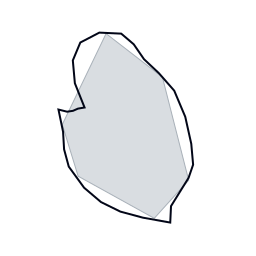 Saint Helena, with Saint Helena highlighted, rotated 121°
{"feature_id": "SHN-4864", "entity_name": "Saint Helena", "entity_type": "state/province", "adm_level": 1, "iso_a3": "SHN", "parent_name": "Saint Helena", "parent_adm1": "", "projection": "equal_earth", "projection_center": [-5.718, -15.959], "detail": "fine", "context": "in_parent", "style": "outline", "palette": "ink", "viewbox_px": 256, "rotation_deg": 121, "n_neighbors": 0, "source": "natural_earth", "source_scale": "10m", "svg_char_len": 626}
<svg xmlns="http://www.w3.org/2000/svg" viewBox="0 0 256 256"><g transform="rotate(121 128 128)"><path d="M158.9,186.1L58.4,195.4L66.7,124.7L141.5,49.1L191.9,59.0L195.0,145.9L158.9,186.1Z" fill="#d9dde1" stroke="#a8b0b8" stroke-width="1"/><path d="M125.9,53.3L139.5,50.4L172.8,50.9L187.3,43.1L197.2,69.1L203.6,91.5L205.4,113.0L201.8,134.9L191.6,158.9L179.2,171.8L164.7,181.7L148.0,197.1L145.4,188.6L141.6,184.0L137.2,180.9L132.8,175.8L117.0,196.6L98.5,210.1L79.3,212.9L61.0,201.7L50.6,182.4L53.3,166.2L60.8,149.7L65.1,129.8L72.2,107.6L88.9,84.7L109.0,65.6L125.9,53.3Z" fill="none" stroke="#020617" stroke-width="2"/></g></svg>